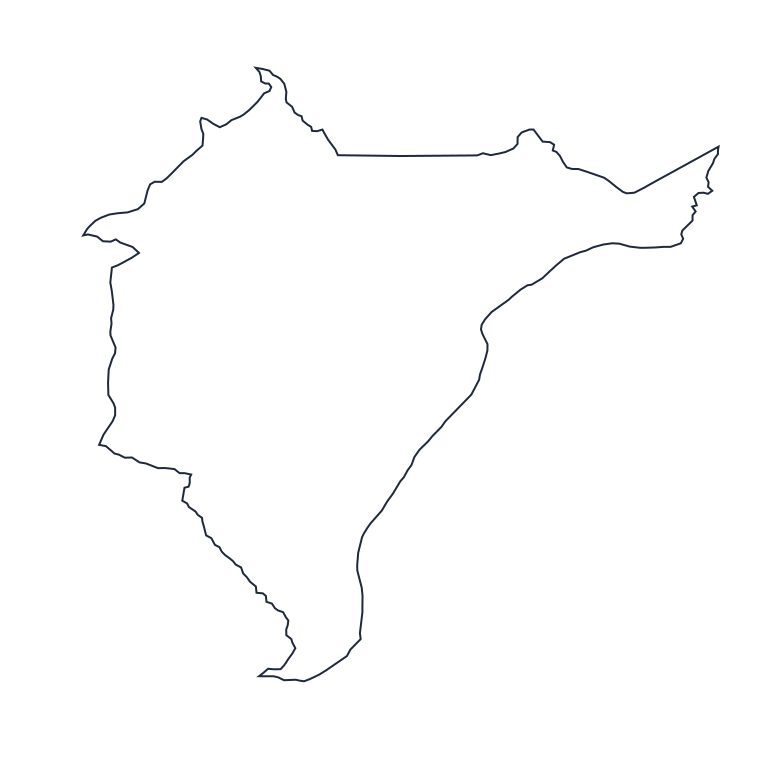 Imperatriz, Maranhão, Brazil (Mercator projection), rotated 275°
{"feature_id": "56859067B50808987997091", "entity_name": "Imperatriz", "entity_type": "district", "adm_level": 2, "iso_a3": "BRA", "parent_name": "Brazil", "parent_adm1": "Maranhão", "projection": "mercator", "projection_center": [-47.572, -5.387], "detail": "fine", "context": "isolated", "style": "outline", "palette": "slate", "viewbox_px": 768, "rotation_deg": 275, "n_neighbors": 0, "source": "geoboundaries", "source_scale": "gbopen_adm2", "svg_char_len": 3764}
<svg xmlns="http://www.w3.org/2000/svg" viewBox="0 0 768 768"><g transform="rotate(275 384 384)"><path d="M305.6,418.4L314.0,420.7L321.6,425.1L330.8,433.0L336.4,436.8L346.3,445.0L352.1,448.3L381.0,471.9L392.2,476.6L396.5,478.4L401.8,478.8L411.0,481.1L419.0,482.9L426.6,484.1L432.8,483.6L442.4,477.7L446.7,475.9L451.4,476.1L457.3,479.1L465.0,484.8L479.0,501.1L482.1,503.8L490.0,511.9L494.9,518.4L495.8,522.4L503.2,532.6L510.9,539.4L514.5,542.8L517.1,545.1L524.5,552.5L527.8,559.0L532.3,567.7L534.5,573.7L538.4,580.4L542.0,590.1L544.1,599.2L544.3,606.2L542.3,616.8L542.0,627.2L542.4,631.6L542.8,635.2L543.7,642.6L545.0,650.7L545.6,657.5L550.0,667.4L554.7,669.4L559.0,667.1L562.8,667.8L566.7,671.1L573.7,677.1L579.1,676.7L583.0,679.4L587.6,675.6L589.3,680.0L597.4,676.4L601.7,680.7L602.4,685.5L601.7,690.1L605.1,694.2L608.7,689.6L613.2,689.8L617.7,687.2L624.4,688.5L632.7,692.5L637.1,693.5L642.1,696.6L646.0,696.3L649.6,696.6L617.4,648.5L613.5,642.6L609.3,636.4L604.9,629.9L602.4,626.3L599.3,621.4L596.4,616.8L595.1,609.3L596.2,605.2L600.8,597.8L606.0,590.1L608.7,585.2L613.2,567.3L615.1,558.9L614.6,552.4L615.7,547.2L620.7,543.1L626.5,539.4L630.2,535.6L631.3,531.8L637.2,532.6L639.4,528.4L639.3,520.9L650.5,510.8L650.2,506.8L646.6,499.2L641.6,495.6L634.8,496.1L629.9,492.4L627.6,488.2L625.7,484.8L623.6,478.5L621.3,470.4L622.5,462.4L619.9,457.1L619.3,451.3L618.1,438.7L612.6,381.1L607.9,318.1L613.4,315.1L619.9,309.3L622.5,307.0L628.5,302.8L632.1,300.5L630.0,295.2L629.9,290.3L633.8,289.0L635.7,285.2L639.3,280.0L643.6,278.5L644.4,275.1L646.6,271.3L652.1,268.3L656.0,262.4L659.5,261.3L666.5,261.3L674.4,258.5L678.9,254.2L680.8,250.8L682.2,246.5L686.1,242.7L687.2,235.9L687.8,228.7L684.0,232.7L680.0,234.4L674.7,235.3L673.0,239.5L673.3,243.0L670.0,245.8L665.9,244.4L663.0,239.1L659.1,236.7L653.8,233.2L644.9,225.6L640.2,220.7L637.6,217.1L633.6,209.1L628.9,204.2L625.5,198.0L628.3,191.3L632.1,184.7L633.2,179.0L629.6,178.0L622.1,179.9L617.4,182.2L612.9,182.4L605.7,182.4L599.8,176.7L595.7,173.3L588.5,165.0L575.4,154.2L569.8,149.4L566.0,145.1L565.5,137.9L562.5,133.6L556.2,131.6L543.0,129.5L536.8,123.7L532.6,113.6L530.9,103.8L528.9,95.6L525.0,87.6L521.4,82.2L516.0,77.4L512.6,74.8L505.8,71.4L507.2,76.1L505.8,85.5L501.7,91.6L502.0,99.4L504.7,104.2L501.9,109.0L498.6,121.6L493.2,128.5L487.7,121.6L479.2,108.7L476.3,102.8L461.3,102.5L452.2,104.9L439.2,107.6L434.3,107.8L425.8,106.4L420.3,107.3L412.4,106.8L408.6,107.3L396.9,113.4L391.2,113.4L385.6,111.1L374.4,108.5L361.0,109.0L349.0,110.4L341.4,116.1L337.1,118.2L329.5,118.9L323.3,116.9L309.1,109.0L298.6,105.5L297.8,112.5L291.2,121.7L290.5,126.1L288.0,132.2L288.8,139.4L284.6,147.3L284.1,153.8L280.5,166.1L281.2,173.7L281.0,182.6L277.4,188.1L277.8,193.2L277.0,199.8L273.8,198.6L268.3,199.1L264.7,198.3L263.3,194.3L250.2,193.2L247.8,198.3L244.4,200.4L240.5,207.4L237.4,209.9L234.8,214.4L231.5,215.0L225.7,217.2L217.7,220.0L215.4,225.4L209.0,229.6L207.1,234.3L202.8,237.0L199.6,240.8L197.7,244.1L194.5,248.9L191.2,252.0L188.8,257.6L182.9,260.3L179.5,264.3L175.3,267.8L171.1,274.0L164.9,275.2L164.9,281.5L162.6,284.8L156.8,285.9L155.4,291.6L151.1,294.9L149.2,298.2L147.9,303.4L143.1,306.6L140.0,309.3L135.3,309.1L130.9,308.0L125.3,308.6L121.8,313.9L118.3,315.3L113.1,318.7L107.5,316.2L102.0,312.8L97.8,310.6L94.7,308.8L90.9,305.8L90.2,299.2L90.2,293.3L85.4,288.7L82.0,285.0L83.2,299.4L82.6,304.0L80.2,310.2L81.7,321.9L81.1,326.3L80.9,330.3L83.6,335.9L88.9,344.9L93.9,351.5L109.8,370.8L116.6,373.7L124.7,380.4L127.9,383.0L133.7,381.7L139.0,381.9L154.9,382.4L158.8,382.0L170.9,381.1L179.0,379.6L195.8,373.7L200.6,373.1L213.6,373.0L229.5,375.5L233.6,377.1L238.9,379.8L243.8,382.6L257.6,392.8L267.2,397.4L275.5,402.4L288.6,408.8L293.0,412.0L300.0,415.0L305.6,418.4Z" fill="none" stroke="#1e293b" stroke-width="2"/></g></svg>